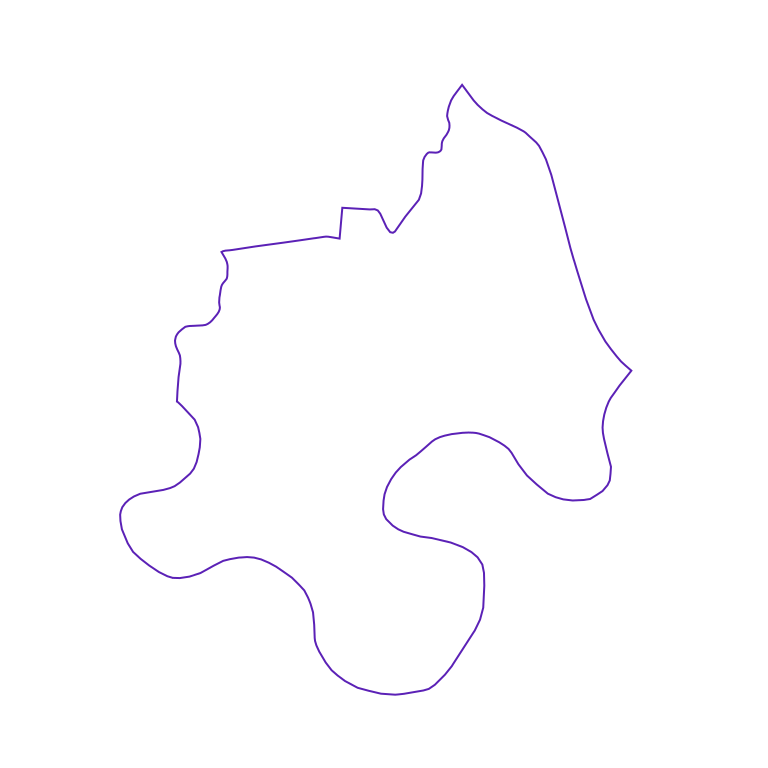 Quan 2, Hồ Chí Minh city, Vietnam (orthographic projection), rotated 278°
{"feature_id": "81297802B76466747653960", "entity_name": "Quan 2", "entity_type": "district", "adm_level": 2, "iso_a3": "VNM", "parent_name": "Vietnam", "parent_adm1": "Hồ Chí Minh city", "projection": "orthographic", "projection_center": [106.758, 10.78], "detail": "fine", "context": "isolated", "style": "outline", "palette": "violet", "viewbox_px": 768, "rotation_deg": 278, "n_neighbors": 0, "source": "geoboundaries", "source_scale": "gbopen_adm2", "svg_char_len": 3933}
<svg xmlns="http://www.w3.org/2000/svg" viewBox="0 0 768 768"><g transform="rotate(278 384 384)"><path d="M122.9,350.7L119.9,351.5L116.0,353.3L115.6,353.5L110.0,357.1L100.1,365.0L93.2,372.0L88.9,378.6L84.4,386.8L79.5,400.2L78.0,412.2L78.0,412.6L76.9,424.1L77.9,438.4L78.6,441.4L80.0,446.9L86.0,465.7L88.3,470.8L93.2,476.2L104.6,484.8L110.3,488.2L114.0,490.4L116.3,491.4L150.2,507.1L152.5,508.2L164.0,511.9L176.3,513.4L198.2,511.4L210.9,509.3L218.9,506.5L225.4,500.8L229.7,494.0L233.4,484.8L236.3,472.1L238.1,452.5L238.0,441.3L239.0,433.8L240.4,424.0L242.1,418.3L245.0,412.3L250.5,405.0L254.8,402.0L259.9,400.5L268.5,399.8L274.9,399.9L282.4,401.3L290.7,404.3L294.7,406.3L298.0,408.0L304.1,412.2L312.7,419.8L317.9,425.7L322.2,429.6L327.6,434.3L333.7,439.5L336.4,442.4L339.2,446.8L341.3,451.3L343.8,458.0L344.9,462.2L346.6,468.6L347.7,474.5L348.2,479.3L348.3,482.0L348.1,485.0L347.2,490.0L346.0,495.9L342.3,506.3L339.7,511.9L337.0,516.4L333.6,519.9L323.2,528.3L313.3,538.3L305.8,549.2L298.2,561.5L295.8,569.7L294.7,577.6L294.9,587.0L296.9,597.7L297.3,599.2L297.5,599.7L298.8,604.1L303.9,610.2L308.4,615.3L314.9,619.4L319.9,621.0L326.5,620.8L333.6,620.3L346.5,614.9L360.3,609.5L366.1,607.6L371.3,606.5L377.7,606.1L384.5,606.4L391.5,607.4L397.9,609.0L401.8,610.5L407.5,613.5L415.3,617.5L431.6,627.1L436.0,620.4L439.3,615.6L443.7,610.6L450.0,604.0L456.9,597.3L467.9,588.7L476.9,582.6L496.0,572.3L500.6,570.1L523.0,559.5L533.0,554.9L533.3,554.7L544.5,549.7L564.7,541.4L578.3,535.7L585.7,532.6L590.0,530.8L614.3,520.6L629.0,513.1L631.8,511.2L635.5,508.7L641.4,504.4L644.4,501.1L649.4,493.7L652.5,489.3L653.6,487.2L656.3,480.0L661.2,463.6L664.6,453.7L666.8,448.2L669.7,443.3L673.5,437.8L677.3,433.3L691.1,419.7L683.2,415.3L678.8,412.9L674.2,411.0L667.7,409.6L663.7,409.2L660.8,409.1L658.1,409.2L654.5,410.7L651.7,412.3L649.0,412.9L646.8,413.1L644.4,412.9L642.6,412.4L639.5,411.2L635.6,409.0L632.7,408.0L631.1,407.8L629.7,407.8L628.0,408.0L626.4,408.1L624.2,408.2L622.9,407.6L621.9,406.7L620.9,405.2L620.3,403.2L619.9,398.4L619.7,396.6L619.1,395.5L617.7,394.3L614.5,392.6L611.0,391.7L608.8,391.8L602.2,392.3L591.7,393.6L585.4,394.1L577.8,394.2L571.3,392.9L552.7,381.8L536.5,373.6L535.0,371.8L535.2,369.0L539.2,364.9L552.1,356.6L555.0,353.7L555.8,350.5L554.9,345.7L552.7,318.2L543.0,318.7L521.8,319.8L522.0,313.3L522.1,308.3L521.9,306.1L521.4,304.1L518.7,295.0L518.7,294.8L514.6,280.8L510.0,264.8L505.4,248.4L502.3,237.4L495.7,215.4L494.9,212.4L494.0,208.4L493.1,206.1L492.1,204.7L486.2,209.4L483.1,211.3L480.8,212.2L479.1,212.7L477.0,213.0L473.4,213.3L470.5,213.7L468.6,213.8L466.4,213.6L464.3,212.4L461.3,210.5L459.5,209.7L457.7,209.3L454.1,209.1L451.8,209.1L449.3,209.1L446.7,209.0L444.2,209.2L441.8,209.4L438.9,210.2L437.2,210.8L435.4,210.9L434.6,210.8L432.5,210.3L429.9,209.1L426.0,206.7L423.2,205.0L420.9,203.2L418.9,201.0L417.7,199.1L416.8,196.1L415.8,190.9L415.0,186.8L414.4,183.5L413.9,181.7L413.0,179.3L410.0,176.3L406.6,173.4L404.4,172.2L402.0,171.3L399.7,171.1L397.9,171.0L395.2,171.6L392.4,172.7L389.5,174.4L386.2,176.6L383.9,177.9L381.1,178.7L378.1,179.3L376.3,179.5L375.8,179.6L373.3,179.6L372.8,179.6L362.3,179.6L352.8,180.2L347.9,180.5L342.5,181.0L337.8,181.4L337.3,182.5L335.9,184.5L334.0,187.1L322.3,201.5L318.2,204.1L315.4,205.9L309.8,208.0L304.0,209.8L295.6,210.4L288.7,210.1L280.6,209.3L273.7,207.5L268.3,204.5L258.0,195.6L253.7,190.9L251.2,186.7L248.4,180.2L241.4,157.9L237.8,152.0L234.1,147.7L230.1,144.4L225.6,142.0L221.5,141.1L217.9,140.9L211.6,142.1L203.6,144.7L190.6,152.4L182.8,158.9L177.0,167.3L171.6,176.7L166.5,187.2L163.5,196.2L162.7,201.3L162.6,201.5L163.4,208.8L166.2,218.2L171.3,228.6L180.5,240.8L186.5,249.4L189.1,255.8L191.9,264.4L192.5,267.5L193.6,272.6L193.6,273.0L194.0,279.5L193.2,286.7L191.0,294.8L188.1,302.6L183.7,311.4L179.4,319.8L173.2,328.0L168.5,333.8L161.9,338.5L158.0,340.8L156.0,341.9L148.0,345.5L135.8,348.4L124.1,350.5L122.9,350.7Z" fill="none" stroke="#5b21b6" stroke-width="2"/></g></svg>